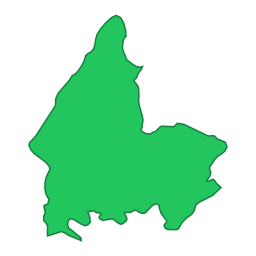 the County of Shkodër
{"feature_id": "ALB-1498", "entity_name": "Shkodër", "entity_type": "County", "adm_level": 1, "iso_a3": "ALB", "parent_name": "Albania", "parent_adm1": "", "projection": "albers", "projection_center": [19.744, 42.245], "detail": "fine", "context": "isolated", "style": "filled", "palette": "green", "viewbox_px": 256, "rotation_deg": 0, "n_neighbors": 0, "source": "natural_earth", "source_scale": "10m", "svg_char_len": 2853}
<svg xmlns="http://www.w3.org/2000/svg" viewBox="0 0 256 256"><path d="M125.8,33.5L126.0,36.2L125.7,36.0L124.7,37.5L123.2,40.7L122.9,42.7L122.5,46.8L122.6,48.7L123.3,51.2L126.8,59.8L133.5,64.9L136.9,66.7L140.6,67.2L142.5,66.5L141.3,69.3L140.7,70.2L139.9,71.3L139.1,72.1L138.4,73.1L137.9,74.2L137.0,76.9L136.3,78.0L134.5,79.8L134.1,80.6L134.4,81.6L137.6,85.6L138.2,87.3L138.7,89.6L138.9,96.6L138.6,98.8L138.7,102.0L139.5,106.4L142.2,115.7L142.9,119.5L142.9,121.8L142.5,122.7L142.3,123.5L142.4,124.7L142.3,125.7L141.8,127.9L141.1,129.9L141.5,131.0L142.9,132.0L145.8,133.6L150.9,134.1L152.0,132.7L152.5,132.4L153.2,132.2L154.1,132.0L155.2,131.6L156.4,130.7L159.3,127.6L160.6,126.7L161.9,126.2L174.0,126.7L177.4,123.3L182.2,124.0L184.9,124.8L208.1,136.0L212.9,135.7L214.4,136.0L215.6,136.9L216.4,138.2L217.5,139.2L219.3,139.7L225.4,142.3L227.0,146.9L224.9,151.1L221.3,154.0L218.7,155.7L216.9,157.1L215.4,158.7L210.0,166.6L209.4,168.8L210.4,170.9L210.8,172.8L209.7,176.5L206.7,180.6L206.6,181.2L209.0,181.0L210.6,180.4L211.9,179.5L213.1,179.3L214.5,180.3L216.2,183.1L221.0,187.5L212.8,195.3L199.8,201.9L197.4,203.5L195.7,205.5L194.0,211.1L192.0,213.9L190.2,215.5L187.1,217.4L182.5,222.0L181.1,224.0L178.7,228.4L177.6,229.3L176.0,229.7L168.1,229.5L166.3,228.9L165.2,227.9L164.3,226.6L164.2,225.5L164.4,224.4L166.1,222.8L166.6,222.0L166.5,221.0L166.0,219.8L162.1,214.8L161.2,213.4L159.7,209.3L159.1,206.5L158.7,205.2L157.5,204.0L156.2,203.9L154.0,204.6L151.7,206.0L149.7,208.3L147.7,210.2L146.3,211.9L145.2,212.8L143.6,213.3L141.9,213.2L138.8,212.1L137.2,210.9L135.8,210.2L134.5,210.3L130.6,212.3L124.3,212.6L126.7,217.8L126.9,218.9L126.7,219.8L126.0,220.9L124.5,222.3L122.8,223.6L120.9,224.3L118.3,223.2L114.6,220.2L113.0,219.2L111.2,219.0L103.7,220.2L102.1,220.1L100.3,219.1L99.5,218.6L99.2,217.7L99.3,216.6L100.1,215.3L100.7,214.3L101.0,213.7L100.7,213.2L100.1,213.0L97.8,212.9L96.6,212.7L95.4,212.0L94.6,211.4L94.0,211.0L93.3,210.9L89.8,211.4L87.6,212.3L88.5,213.5L89.6,216.6L90.3,222.2L87.9,224.8L85.0,225.7L81.4,224.2L74.4,219.9L71.7,218.8L69.8,219.1L68.2,221.2L67.6,224.4L68.4,227.7L80.7,237.6L81.3,240.6L68.2,235.2L65.3,233.2L61.5,231.5L47.6,235.9L47.4,233.1L47.6,225.9L46.0,222.9L44.1,221.1L43.6,220.0L43.8,218.8L43.7,217.0L43.9,215.6L44.7,214.2L45.2,212.2L43.9,205.9L45.0,204.9L46.7,204.7L47.9,203.7L49.0,199.0L47.5,197.1L47.4,197.1L45.6,192.9L44.9,187.7L45.1,182.2L46.1,177.5L49.9,169.3L49.4,166.7L48.9,166.0L45.9,162.3L34.2,153.5L31.1,150.0L31.0,149.9L29.0,145.5L29.6,142.6L31.4,140.8L35.7,136.1L55.4,105.7L55.6,104.3L55.5,100.5L55.9,98.5L57.8,94.0L58.8,92.5L69.3,80.4L72.0,75.9L76.0,73.3L79.3,69.4L82.2,64.8L84.6,59.7L85.8,55.5L88.2,53.4L91.1,51.8L93.6,48.9L94.8,45.6L95.9,38.4L97.1,34.6L100.5,29.0L105.8,22.8L107.9,20.9L111.5,17.6L116.2,15.4L120.8,17.8L123.9,23.7L125.7,30.7L125.8,33.5Z" fill="#22c55e" stroke="#15803d" stroke-width="1.5"/></svg>